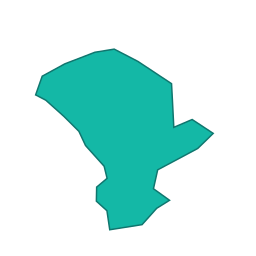 the district of Agios Epifanios Oreinis, Nicosia, Cyprus, rotated 238°
{"feature_id": "46923920B19828557727754", "entity_name": "Agios Epifanios Oreinis", "entity_type": "district", "adm_level": 2, "iso_a3": "CYP", "parent_name": "Cyprus", "parent_adm1": "Nicosia", "projection": "robinson", "projection_center": [33.112, 34.996], "detail": "fine", "context": "isolated", "style": "filled", "palette": "teal", "viewbox_px": 256, "rotation_deg": 238, "n_neighbors": 0, "source": "geoboundaries", "source_scale": "gbopen_adm2", "svg_char_len": 491}
<svg xmlns="http://www.w3.org/2000/svg" viewBox="0 0 256 256"><g transform="rotate(238 128 128)"><path d="M51.4,58.6L38.6,88.7L44.7,109.8L44.7,124.9L63.0,117.4L76.8,131.0L73.7,176.3L76.5,189.3L78.3,197.4L101.2,186.9L104.3,167.2L127.5,180.1L142.5,188.4L179.2,171.7L202.2,158.1L209.8,140.0L215.9,108.3L217.4,82.7L205.0,67.2L195.2,73.0L171.8,79.8L151.2,84.6L135.6,82.7L108.2,87.5L96.4,83.6L94.5,70.1L82.7,62.4L69.0,66.3L51.4,58.6Z" fill="#14b8a6" stroke="#0f766e" stroke-width="1.5"/></g></svg>